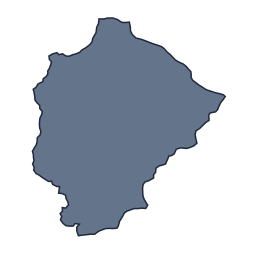 outline of Urupês, São Paulo, Brazil, rotated 272°
{"feature_id": "56859067B23946019327123", "entity_name": "Urupês", "entity_type": "district", "adm_level": 2, "iso_a3": "BRA", "parent_name": "Brazil", "parent_adm1": "São Paulo", "projection": "natural_earth1", "projection_center": [-49.27, -21.219], "detail": "fine", "context": "isolated", "style": "filled", "palette": "slate", "viewbox_px": 256, "rotation_deg": 272, "n_neighbors": 0, "source": "geoboundaries", "source_scale": "gbopen_adm2", "svg_char_len": 2282}
<svg xmlns="http://www.w3.org/2000/svg" viewBox="0 0 256 256"><g transform="rotate(272 128 128)"><path d="M227.5,93.2L224.8,93.0L222.1,92.7L219.2,91.1L216.0,89.5L213.2,89.3L210.2,87.1L206.9,83.3L204.3,79.1L201.8,76.9L200.4,73.6L199.3,70.2L197.7,66.6L197.8,63.4L199.9,59.9L198.9,56.6L200.8,54.3L199.4,50.0L197.2,46.5L193.9,47.0L191.5,49.2L188.2,48.4L184.8,47.3L182.3,45.8L179.3,46.0L176.7,44.6L174.4,41.6L171.3,41.3L169.0,36.6L165.4,34.6L163.4,31.9L159.8,33.0L155.5,33.8L152.6,34.1L149.6,36.6L147.6,38.9L144.3,39.2L141.4,41.8L138.0,41.1L135.0,39.7L132.3,39.4L129.2,39.3L125.1,39.7L121.2,41.1L117.9,40.3L115.3,37.7L111.2,37.6L107.7,36.8L104.7,34.9L101.3,33.3L98.4,34.3L94.8,34.6L92.0,35.2L88.7,33.9L85.2,35.7L82.6,35.2L79.4,37.6L77.8,40.8L75.6,44.0L73.5,47.5L71.8,50.6L72.1,53.5L69.1,54.6L67.1,58.7L67.0,61.7L64.0,61.3L60.4,61.0L60.2,64.3L58.7,67.9L55.3,68.6L52.6,70.2L49.1,71.3L45.8,68.5L46.2,65.1L42.7,65.4L40.1,63.2L37.2,64.8L33.9,63.7L30.4,66.4L28.2,69.5L27.9,73.3L28.1,76.8L30.6,78.2L30.2,82.8L27.2,80.3L23.4,80.4L18.6,82.2L19.3,85.8L19.8,89.6L20.6,94.6L20.7,98.4L23.8,102.2L25.3,105.7L26.7,109.1L27.0,112.4L27.0,116.7L27.5,120.5L29.7,121.7L34.6,122.9L38.7,125.3L43.0,127.4L44.9,129.9L46.1,132.8L47.7,136.9L47.8,140.8L48.4,144.2L48.2,148.5L51.5,150.4L57.1,146.7L60.5,145.4L63.7,145.0L68.2,144.7L71.7,145.0L74.6,146.7L76.2,150.9L78.9,155.3L82.3,155.2L84.6,157.1L88.9,157.4L91.2,160.5L92.3,164.0L93.3,166.8L96.0,167.8L98.7,168.9L101.3,169.7L102.0,172.6L103.8,175.1L108.5,177.0L110.0,181.1L109.6,187.2L110.7,190.7L112.4,194.3L115.2,197.4L119.9,196.1L123.9,195.3L127.5,196.0L130.1,199.7L133.8,203.2L136.3,205.6L138.5,208.8L143.9,208.2L146.0,209.8L147.2,215.0L149.7,217.0L152.4,217.9L156.6,219.8L159.7,222.1L162.9,224.1L164.6,222.0L165.6,218.1L166.1,215.0L167.8,208.8L169.0,204.9L171.7,200.4L173.5,197.2L176.0,193.8L177.9,191.0L180.7,189.3L183.5,189.3L186.6,188.8L189.1,186.2L191.6,184.0L193.9,180.9L195.3,177.4L197.4,173.2L200.2,170.3L203.1,167.4L205.1,164.6L208.7,161.2L210.3,159.0L211.5,155.7L212.6,151.7L214.1,146.9L215.6,142.8L217.1,138.2L218.2,132.8L221.6,128.9L225.3,127.1L228.2,126.9L231.1,126.3L233.9,125.6L233.4,122.2L233.3,118.1L235.9,114.0L237.4,109.1L237.2,103.8L236.1,99.8L236.0,95.2L231.0,94.8L227.5,93.2Z" fill="#64748b" stroke="#1e293b" stroke-width="1.5"/></g></svg>